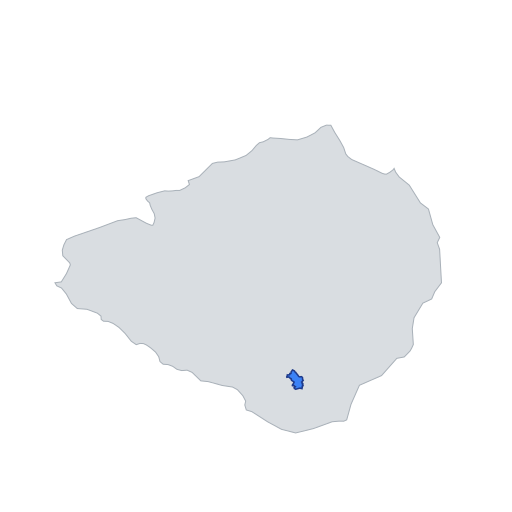 José Enrique Rodó, Soriano, Uruguay (highlighted), rotated 293°
{"feature_id": "84410073B24833615442203", "entity_name": "José Enrique Rodó", "entity_type": "district", "adm_level": 2, "iso_a3": "URY", "parent_name": "Uruguay", "parent_adm1": "Soriano", "projection": "equal_earth", "projection_center": [-57.536, -33.632], "detail": "fine", "context": "in_parent", "style": "filled", "palette": "blue", "viewbox_px": 512, "rotation_deg": 293, "n_neighbors": 0, "source": "geoboundaries", "source_scale": "gbopen_adm2", "svg_char_len": 3496}
<svg xmlns="http://www.w3.org/2000/svg" viewBox="0 0 512 512"><g transform="rotate(293 256 256)"><path d="M390.6,348.9L387.8,351.7L384.7,356.9L381.1,369.4L369.1,386.6L366.6,396.4L353.9,406.5L344.9,417.9L339.1,417.6L333.9,422.4L303.8,437.2L293.0,434.5L285.1,434.5L277.8,428.0L260.9,425.6L250.3,428.2L236.0,435.4L231.8,435.3L228.7,434.9L221.0,431.9L216.8,425.6L195.0,418.3L177.4,401.7L156.6,401.4L140.6,403.5L138.2,401.3L136.5,397.1L133.2,390.9L119.5,376.2L108.6,361.6L106.4,347.2L107.9,331.6L111.1,313.0L110.5,307.2L114.5,303.9L118.4,303.2L122.3,298.4L125.7,291.1L126.2,285.6L123.6,275.4L121.7,261.1L119.5,254.0L123.9,242.7L124.0,237.2L121.5,232.4L120.8,227.5L121.9,222.4L121.7,217.5L120.1,212.8L121.3,208.9L125.3,205.8L128.3,201.1L130.3,194.8L131.3,189.9L131.4,186.6L130.2,183.4L127.6,180.4L128.8,174.5L133.6,165.7L136.7,157.8L138.1,150.9L138.0,145.4L136.4,141.1L137.1,138.3L140.1,136.8L141.4,132.3L140.9,121.2L137.8,112.0L140.2,104.7L146.9,96.3L150.5,89.5L150.7,84.3L152.8,81.4L156.1,86.9L165.7,88.4L175.3,88.6L176.9,87.2L180.7,78.1L185.7,75.4L191.2,74.8L197.1,75.2L203.5,81.3L221.3,101.1L234.4,114.8L238.4,121.3L241.9,126.2L244.4,130.7L243.3,142.4L243.4,147.5L244.0,149.0L247.0,149.1L251.5,148.3L255.2,145.8L258.2,142.0L261.1,139.0L263.4,137.3L264.2,134.8L265.6,132.3L267.0,131.7L269.5,133.6L275.6,140.3L280.3,146.5L281.5,150.0L283.3,153.7L285.2,156.9L286.5,160.1L291.1,164.2L295.8,166.8L298.9,164.1L306.8,172.6L324.2,179.7L327.4,184.0L330.3,190.1L336.3,199.3L344.7,207.6L351.4,211.1L357.9,213.1L361.6,214.9L364.0,218.1L368.0,221.5L370.4,222.8L371.3,225.8L373.7,232.5L376.3,241.0L379.1,248.8L385.3,256.3L392.4,262.2L399.8,265.5L403.9,269.6L405.6,273.8L400.5,280.2L395.0,288.1L390.1,294.3L385.1,298.7L383.4,301.7L382.2,306.3L381.9,330.9L381.4,340.0L381.7,342.5L382.3,344.1L385.4,346.5L389.1,348.6L390.6,348.9Z" fill="#d9dde1" stroke="#a8b0b8" stroke-width="1"/><path d="M151.5,342.0L151.3,342.2L151.1,343.3L150.9,343.2L150.6,343.0L150.1,342.9L150.1,342.7L149.8,342.6L149.6,342.5L149.4,342.7L149.3,343.1L149.0,343.2L149.0,343.3L149.1,343.5L149.0,343.8L148.9,344.0L148.8,344.5L151.6,348.1L151.5,348.6L151.8,349.0L151.8,349.9L152.0,349.8L152.3,350.1L152.6,350.1L152.9,349.9L153.1,349.9L153.6,349.6L153.9,349.5L154.0,349.8L154.3,349.8L154.5,349.8L154.9,349.9L154.9,349.6L155.1,349.6L155.2,349.4L155.4,349.2L155.6,349.1L155.8,349.4L156.1,349.3L156.4,349.2L156.6,349.2L156.8,348.2L157.3,348.2L157.5,347.7L157.7,347.4L157.8,347.2L158.0,347.3L158.6,347.6L159.3,347.6L159.4,347.9L159.8,348.1L160.4,347.3L160.7,347.3L161.0,346.8L161.9,346.6L162.4,346.1L162.7,345.1L162.6,344.7L162.3,344.2L162.1,344.1L162.0,343.7L161.8,343.4L161.8,342.9L161.8,342.4L162.0,342.0L162.3,341.7L162.4,341.4L162.7,341.2L162.8,340.8L163.0,340.4L163.3,339.9L163.6,339.5L163.6,339.2L163.8,338.9L164.0,338.7L164.2,338.2L164.4,338.1L164.4,337.8L164.4,337.4L164.7,337.0L165.0,336.5L165.2,336.4L165.3,336.0L165.3,335.7L165.3,335.1L165.4,334.8L165.4,334.4L165.4,334.1L165.0,334.0L164.7,334.0L162.9,333.6L162.2,333.9L161.6,334.1L161.1,333.7L161.0,333.1L159.8,333.3L159.4,332.6L159.3,332.3L159.0,332.0L158.8,331.6L158.8,331.3L158.0,331.5L156.7,331.5L156.4,331.8L157.5,333.5L156.9,334.8L156.8,336.3L156.2,336.5L156.2,336.8L155.4,337.3L155.2,338.7L155.1,339.1L155.0,340.1L154.7,340.4L152.9,340.2L152.8,340.4L152.4,340.3L152.0,339.9L151.9,339.9L151.7,340.0L151.3,340.0L150.9,340.1L150.9,340.5L151.1,340.7L151.3,341.0L151.2,341.3L151.2,341.5L151.5,341.7L151.5,341.9L151.5,342.0Z" fill="#3b82f6" stroke="#1e3a8a" stroke-width="1.5"/></g></svg>